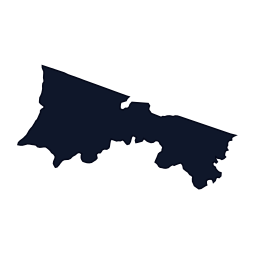 outline of Aurelino Leal, Bahia, Brazil, rotated 186°
{"feature_id": "56859067B29822168612892", "entity_name": "Aurelino Leal", "entity_type": "district", "adm_level": 2, "iso_a3": "BRA", "parent_name": "Brazil", "parent_adm1": "Bahia", "projection": "mercator", "projection_center": [-39.489, -14.363], "detail": "fine", "context": "isolated", "style": "filled", "palette": "ink", "viewbox_px": 256, "rotation_deg": 186, "n_neighbors": 0, "source": "geoboundaries", "source_scale": "gbopen_adm2", "svg_char_len": 3121}
<svg xmlns="http://www.w3.org/2000/svg" viewBox="0 0 256 256"><g transform="rotate(186 128 128)"><path d="M155.7,94.9L156.4,96.8L156.8,98.4L155.3,100.3L153.1,100.5L152.2,101.8L151.4,103.6L149.5,104.7L146.8,104.8L145.0,106.3L144.7,107.8L144.6,110.8L144.4,113.3L143.6,115.3L140.3,114.6L138.0,114.0L136.5,114.5L134.1,114.6L132.2,115.8L130.4,114.8L128.8,113.0L127.1,111.6L125.3,112.3L124.3,114.6L124.0,116.9L123.6,119.3L122.6,121.0L120.6,120.6L118.6,119.4L119.3,116.4L118.6,114.4L117.1,114.8L115.1,115.6L112.7,116.5L111.2,119.3L109.0,118.0L107.7,117.1L106.2,116.6L103.7,116.0L101.5,116.5L99.2,118.5L96.8,118.4L95.3,117.4L94.3,115.5L92.8,114.3L91.2,112.5L91.7,110.2L91.7,108.1L93.6,106.8L94.9,105.4L95.5,103.2L95.9,101.7L96.8,99.0L97.4,96.9L95.8,96.0L94.4,94.8L93.5,93.4L92.0,92.4L89.9,92.3L88.0,92.0L86.1,92.1L83.9,92.9L82.1,94.7L80.2,96.2L78.1,95.8L76.6,96.7L74.2,97.9L72.1,98.8L70.7,98.1L69.5,96.6L68.5,93.4L66.1,91.8L63.7,90.5L61.6,88.2L59.5,87.3L58.3,85.9L58.5,84.3L58.1,81.5L56.9,79.5L55.9,77.6L52.9,75.9L51.2,75.0L49.1,75.6L47.3,77.0L45.3,78.6L43.8,79.5L44.4,81.2L44.6,83.8L43.3,85.1L41.6,85.7L39.4,85.9L38.1,84.7L37.4,82.9L35.8,84.8L35.3,87.3L34.2,88.4L32.1,88.3L30.7,90.0L30.8,93.1L33.2,93.7L34.8,94.9L36.5,96.6L37.1,98.1L39.6,99.5L40.1,102.3L38.2,103.7L36.7,102.5L35.6,103.7L36.7,105.0L37.6,106.8L37.6,108.5L35.6,107.4L33.2,107.3L31.4,106.6L29.6,107.6L28.0,109.4L29.3,110.6L29.3,112.9L28.7,115.5L26.4,116.6L27.7,118.1L27.9,119.7L27.2,121.1L27.5,123.5L27.0,125.1L25.9,126.3L23.7,126.8L24.0,129.3L22.0,130.9L20.3,131.9L25.3,132.6L77.5,144.5L80.1,145.0L82.3,144.9L84.3,144.0L87.6,144.4L90.3,144.0L92.5,143.0L94.7,143.0L96.2,142.0L106.5,144.9L107.8,146.5L109.3,148.1L109.5,150.0L108.9,152.3L110.5,154.4L126.7,153.9L128.3,151.7L128.9,149.2L130.5,147.4L132.6,147.3L134.8,145.4L137.8,146.1L138.2,148.6L138.2,150.9L137.8,152.9L132.8,155.0L131.9,157.3L130.3,159.1L132.6,159.5L145.9,162.8L151.4,164.2L155.8,165.3L161.8,166.8L164.2,167.4L177.2,170.6L181.6,171.8L193.2,174.6L197.4,176.1L219.7,181.0L219.4,179.0L218.6,177.4L217.6,175.8L217.3,173.8L217.2,171.1L217.1,169.1L216.4,166.7L216.3,164.9L217.2,163.4L217.2,160.9L216.8,158.3L216.9,156.1L217.2,153.4L217.8,151.3L218.7,149.0L218.7,146.2L218.6,144.4L217.5,143.2L215.6,142.0L213.5,140.8L213.8,138.8L215.6,137.7L216.7,136.2L216.6,134.1L217.4,131.8L218.3,128.9L219.0,126.9L220.3,125.3L221.2,123.0L222.1,121.2L223.1,119.1L224.5,117.2L225.8,115.1L226.7,113.0L228.0,110.2L229.6,108.3L230.6,107.0L231.9,105.7L233.8,104.0L235.3,102.1L235.7,100.0L233.4,99.8L231.2,100.0L229.0,100.8L226.4,101.8L223.9,101.9L221.9,101.7L219.6,101.7L217.5,101.4L216.0,100.0L213.9,99.7L212.2,100.0L209.8,100.6L208.0,100.8L206.4,100.0L205.0,99.1L203.6,98.1L202.4,97.0L201.4,95.7L199.1,94.4L198.0,93.1L197.2,91.8L197.4,89.9L198.3,87.0L198.4,84.9L197.5,83.3L196.1,81.4L194.6,81.9L192.9,84.2L192.0,85.9L190.1,88.7L188.4,89.9L186.7,90.3L184.2,90.7L182.2,91.8L180.4,94.1L177.8,95.9L175.9,97.9L174.2,98.7L172.6,98.3L171.2,97.5L171.5,95.5L171.3,93.3L170.5,91.7L169.4,90.3L167.5,89.8L165.2,89.4L162.9,89.5L160.7,90.1L158.6,91.8L156.9,93.1L155.7,94.9Z" fill="#0f172a" stroke="#020617" stroke-width="1.5"/></g></svg>